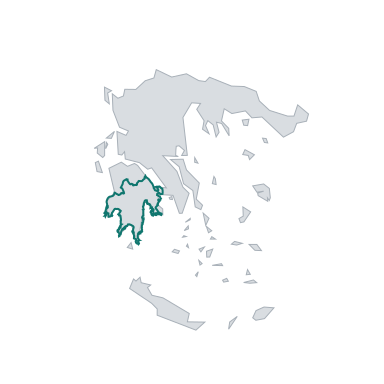 Greece, with Peloponnisos highlighted, rotated 27°
{"feature_id": "GRC-2885", "entity_name": "Peloponnisos", "entity_type": "Region", "adm_level": 1, "iso_a3": "GRC", "parent_name": "Greece", "parent_adm1": "", "projection": "orthographic", "projection_center": [22.642, 37.277], "detail": "fine", "context": "in_parent", "style": "outline", "palette": "teal", "viewbox_px": 384, "rotation_deg": 27, "n_neighbors": 0, "source": "natural_earth", "source_scale": "10m", "svg_char_len": 9737}
<svg xmlns="http://www.w3.org/2000/svg" viewBox="0 0 384 384"><g transform="rotate(27 192 192)"><path d="M246.6,66.4L260.4,69.6L261.9,76.9L254.1,83.3L255.1,92.2L248.6,101.6L220.3,93.4L211.7,98.7L202.8,95.5L191.9,104.0L182.9,103.2L186.0,115.3L195.8,118.6L199.6,125.1L187.3,117.5L182.1,118.7L189.0,126.5L188.5,132.0L180.4,122.6L173.7,121.2L173.9,126.7L180.8,132.4L172.9,131.3L170.4,123.0L158.7,116.2L159.4,109.2L151.2,112.7L150.1,129.7L171.2,161.5L166.2,164.2L166.4,158.4L159.5,156.7L157.2,158.4L158.5,161.7L160.8,166.8L163.7,166.6L149.4,172.9L169.2,180.5L181.7,191.8L190.0,194.5L192.9,215.4L190.4,216.7L176.6,203.6L163.0,209.5L167.8,219.0L173.6,220.4L176.4,225.6L166.8,229.6L162.5,224.1L154.0,221.9L166.9,262.3L153.7,249.6L150.5,250.1L147.0,262.4L145.1,261.4L143.6,253.0L134.9,240.9L131.2,242.3L129.3,251.6L124.8,246.9L120.3,238.8L123.2,227.5L107.2,208.6L115.5,197.5L122.9,198.4L127.8,192.7L131.5,193.0L159.6,206.5L158.8,203.1L167.3,200.0L145.1,188.8L142.2,191.8L131.9,189.7L117.6,192.9L113.6,186.7L112.7,190.9L109.2,191.9L97.6,172.1L107.5,171.5L107.7,166.5L98.0,167.2L84.5,155.1L76.4,140.7L83.4,142.1L87.3,137.6L85.5,131.0L95.4,126.1L99.8,114.1L106.3,107.7L104.6,99.2L121.7,98.8L133.4,89.2L147.4,89.7L153.8,87.5L155.5,81.8L179.1,79.7L190.7,74.3L203.5,73.2L210.7,80.3L224.1,84.1L242.6,81.0L248.4,78.1L246.6,66.4ZM187.9,295.9L197.4,293.6L195.7,297.3L203.2,302.2L214.2,299.5L244.7,301.5L246.8,309.8L262.5,302.1L258.2,313.3L216.9,317.6L214.1,312.0L206.6,309.5L180.2,306.3L179.4,296.0L182.5,296.8L184.4,291.5L187.9,295.9ZM169.2,166.8L177.0,174.8L194.4,180.7L199.0,196.4L207.4,199.0L207.9,203.7L201.6,203.8L192.1,190.3L180.7,188.4L169.1,175.3L158.1,172.8L169.2,166.8ZM259.3,153.7L264.4,161.6L264.7,164.5L261.9,163.0L263.7,165.9L252.6,165.2L251.0,163.2L255.5,158.7L249.9,162.7L243.3,159.0L252.2,152.3L259.3,153.7ZM307.1,277.3L303.2,276.5L302.9,268.6L308.4,261.8L317.6,258.0L314.1,271.9L307.1,277.3ZM251.8,195.1L249.1,197.3L245.9,194.4L248.6,190.2L244.1,182.2L253.3,183.1L251.8,195.1ZM91.3,186.8L97.6,199.2L96.8,201.8L89.9,200.3L87.9,195.6L85.0,197.5L91.3,186.8ZM78.3,151.0L72.8,149.8L66.4,138.3L74.3,138.3L71.9,142.1L78.3,151.0ZM230.7,130.5L228.6,137.0L225.5,133.9L220.2,135.6L220.0,130.2L230.7,130.5ZM273.6,209.3L280.5,212.7L274.5,215.4L266.7,212.8L273.6,209.3ZM211.4,107.6L207.8,109.0L204.1,105.1L209.7,101.3L211.4,107.6ZM94.6,207.0L103.3,215.4L98.1,216.9L92.5,209.7L94.6,207.0ZM237.3,241.9L234.7,243.3L231.8,238.2L236.4,233.4L237.3,241.9ZM219.1,207.7L219.4,215.5L211.5,205.7L219.1,207.7ZM288.8,282.3L286.9,297.6L284.6,290.7L288.8,282.3ZM95.8,180.8L91.2,182.8L95.4,173.2L95.8,180.8ZM165.1,269.8L159.5,270.8L160.7,264.7L165.1,269.8ZM279.1,249.2L286.7,242.5L290.8,243.4L285.0,247.0L279.1,249.2ZM250.8,220.6L252.4,216.7L260.1,214.9L255.9,219.0L250.8,220.6ZM228.0,235.4L227.1,241.3L224.2,239.7L228.0,235.4ZM227.2,217.6L225.2,220.8L220.4,216.1L227.2,217.6ZM210.1,174.4L206.3,175.3L204.5,168.2L206.8,169.6L210.1,174.4ZM237.2,113.9L234.0,115.0L230.4,112.0L233.8,110.7L237.2,113.9ZM207.6,250.2L207.5,253.1L201.5,254.3L202.4,251.0L207.6,250.2ZM252.7,243.7L243.3,248.2L250.8,242.5L252.7,243.7ZM203.0,217.5L199.8,222.0L202.4,216.3L203.0,217.5ZM234.3,223.3L229.8,225.6L229.9,222.8L234.3,223.3ZM264.9,255.0L261.1,257.9L259.3,256.7L262.1,253.2L264.9,255.0ZM281.3,238.9L277.9,241.1L276.7,235.9L281.3,238.9ZM205.6,226.4L202.6,229.9L204.0,223.9L205.6,226.4ZM95.3,187.7L95.4,192.6L93.1,186.6L95.3,187.7ZM233.5,251.2L232.3,253.5L229.1,249.8L233.5,251.2ZM184.2,163.6L180.9,164.3L178.8,160.1L184.2,163.6ZM178.0,207.6L175.6,208.5L174.2,207.4L176.1,205.2L178.0,207.6ZM207.1,234.3L204.1,236.6L204.5,234.6L207.1,234.3ZM233.8,260.2L234.7,265.2L232.8,264.5L233.8,260.2ZM214.2,243.2L211.6,242.8L211.7,240.5L214.2,243.2Z" fill="#d9dde1" stroke="#a8b0b8" stroke-width="1"/><path d="M166.6,207.1L166.1,207.5L164.7,208.2L163.5,207.7L163.2,207.8L162.4,207.7L162.3,207.9L162.3,208.8L162.0,209.0L161.8,209.3L162.0,210.0L162.3,210.6L162.9,210.5L163.4,210.7L164.1,210.8L164.8,210.7L165.3,210.5L166.3,211.4L166.8,211.8L167.3,212.0L167.1,212.7L167.2,213.0L167.3,213.3L166.9,213.4L166.4,213.7L165.7,213.8L165.5,214.5L166.3,215.1L166.7,215.3L167.1,215.3L166.9,216.1L166.8,216.7L167.1,218.1L166.7,218.1L166.8,218.9L166.9,219.2L167.5,219.4L166.8,221.2L166.6,222.2L166.8,222.7L167.3,223.2L168.7,223.6L169.6,224.3L170.1,224.4L171.0,225.2L171.5,225.1L173.0,225.5L173.6,225.2L174.7,225.1L175.0,225.6L175.0,226.5L171.5,226.7L171.0,226.7L171.2,227.2L170.1,227.0L169.8,227.1L169.8,227.5L168.8,227.7L168.8,228.1L169.0,228.2L169.6,228.2L169.4,228.5L170.2,229.0L169.8,229.2L168.1,229.2L167.5,229.3L167.5,229.6L168.0,230.7L167.4,230.9L167.0,230.9L166.2,230.5L166.2,230.2L166.8,230.2L166.5,229.9L166.1,230.0L165.7,229.9L165.4,229.5L166.0,229.8L165.9,229.4L165.6,229.2L165.0,228.7L164.8,229.0L164.5,229.0L164.2,228.8L164.1,227.6L164.2,227.1L164.8,227.5L165.1,227.3L165.3,226.7L165.4,226.2L166.2,226.7L166.0,226.1L165.9,225.3L164.9,224.8L163.9,225.1L163.4,224.9L163.8,224.7L163.4,223.9L162.4,224.6L162.2,224.9L161.8,223.6L161.5,223.1L161.0,222.7L160.3,222.7L160.2,222.5L160.1,222.2L159.7,222.0L159.1,221.9L159.5,222.0L159.7,222.4L159.2,222.2L158.6,222.2L157.7,222.9L157.5,222.7L156.7,222.2L156.9,221.7L156.5,221.5L156.2,221.2L156.0,220.9L156.1,220.6L155.5,219.9L154.3,220.5L154.0,221.0L153.9,221.9L154.3,222.8L154.1,223.7L154.2,224.1L154.7,224.7L154.7,225.6L155.1,226.0L155.1,226.4L154.9,226.9L154.9,227.2L156.5,229.1L156.7,229.3L156.5,229.8L156.9,229.8L156.9,230.0L156.7,230.0L156.7,230.3L157.0,230.6L157.7,231.8L158.0,232.5L159.0,234.3L159.3,234.8L159.5,235.2L159.1,235.6L159.0,237.0L159.2,237.5L159.8,237.6L160.8,237.4L160.8,237.5L161.0,237.9L160.8,238.0L161.0,238.1L160.8,238.4L161.3,238.6L161.5,238.9L161.5,239.1L161.0,238.9L161.3,239.5L162.1,240.7L162.0,241.2L162.4,242.4L161.8,242.4L162.2,243.2L162.4,242.9L162.6,243.6L162.4,244.2L162.7,244.7L163.3,246.2L163.6,246.5L163.5,246.8L163.9,247.4L164.7,248.3L164.9,248.7L164.9,249.1L164.8,249.4L164.5,249.5L164.5,249.8L165.0,249.8L165.5,250.0L165.4,250.3L165.0,250.6L164.9,250.8L164.9,251.4L164.8,251.8L164.4,251.8L163.7,251.3L163.4,251.7L163.0,252.1L162.9,252.5L163.3,252.8L163.1,253.3L163.9,253.3L163.2,254.0L163.2,254.9L163.6,255.9L164.2,256.9L164.5,257.5L166.2,258.4L166.5,258.9L166.8,258.9L166.4,259.2L166.4,259.4L166.5,259.6L166.6,259.8L166.4,260.0L166.2,260.2L166.7,260.9L167.6,261.4L168.2,262.0L168.0,262.9L167.0,262.4L166.7,262.8L166.3,262.9L165.0,262.5L164.5,261.7L164.1,261.4L164.1,261.2L164.3,260.7L164.1,260.1L163.7,259.6L163.2,259.4L161.9,259.7L161.3,259.7L161.1,259.3L160.9,258.7L160.0,256.9L158.4,255.6L158.8,255.2L158.7,254.8L157.5,253.6L157.3,253.6L157.2,253.8L156.8,254.4L156.6,254.2L156.6,253.8L156.8,253.0L156.7,252.4L156.4,251.6L156.2,250.3L155.8,249.6L155.2,249.2L154.3,249.1L152.8,249.0L150.9,249.2L149.6,250.0L149.7,251.6L148.7,252.3L148.3,252.8L148.0,253.6L148.5,253.6L148.8,253.9L148.9,254.3L148.9,254.9L148.7,254.9L148.5,254.4L148.3,254.2L148.0,254.1L147.8,254.3L147.6,254.7L147.6,255.0L148.2,255.6L148.1,256.3L147.7,256.7L147.4,255.9L147.0,256.1L146.8,256.5L146.8,258.7L146.9,259.5L147.1,260.2L147.6,261.7L147.5,261.9L147.6,262.2L147.2,262.5L147.1,262.9L147.2,263.3L147.4,263.7L147.4,264.0L147.2,264.0L147.0,264.5L146.7,264.1L146.5,262.8L146.4,262.2L146.0,261.9L144.9,261.4L144.6,260.9L144.4,260.9L144.1,261.3L143.8,261.2L143.2,260.6L143.0,260.0L143.0,259.6L143.4,258.7L143.8,258.8L144.0,258.4L143.9,257.8L143.5,257.4L144.0,256.7L143.4,256.7L143.4,256.2L143.4,255.6L143.5,255.2L144.0,255.1L144.0,254.9L143.4,254.7L143.5,254.0L144.0,252.8L143.1,253.0L142.5,252.1L142.1,250.9L141.5,250.3L141.6,249.6L141.1,248.6L139.1,245.7L138.4,245.4L137.7,246.0L136.9,245.4L136.6,245.0L136.5,244.4L136.5,244.5L136.7,244.3L136.9,243.6L137.1,242.4L137.1,241.4L137.1,241.2L135.1,240.7L134.0,240.6L133.4,240.8L132.3,241.5L131.2,241.8L130.9,242.1L130.7,242.6L130.4,246.2L130.2,246.6L130.2,247.0L130.6,248.0L130.4,248.5L131.2,249.2L131.6,249.2L131.6,249.5L131.2,249.5L130.9,249.7L130.7,249.9L130.8,250.2L130.6,250.6L129.0,252.0L128.7,252.0L127.3,249.0L126.3,249.1L125.5,249.4L125.2,249.1L124.5,248.8L124.3,248.4L124.1,248.4L123.8,248.6L123.3,247.4L123.4,247.0L123.3,245.9L123.4,245.5L123.9,244.6L124.0,244.0L123.7,243.4L123.3,243.1L122.7,243.3L123.0,243.2L123.1,242.8L122.9,242.8L122.7,242.9L122.5,243.3L122.3,242.0L121.6,241.0L120.7,240.1L120.1,239.0L119.9,237.5L119.8,236.0L120.1,234.7L120.6,233.7L122.5,232.2L123.3,231.3L123.7,230.1L123.6,228.6L123.3,227.8L123.8,227.6L125.7,228.0L126.8,227.8L127.8,228.1L128.3,227.8L129.4,226.4L129.2,225.9L129.3,225.4L130.1,224.5L130.6,224.1L131.2,224.6L131.8,224.4L132.0,223.9L131.2,222.9L128.5,220.7L127.6,220.4L127.1,220.5L126.6,220.4L126.6,216.4L126.0,214.5L126.1,213.0L127.8,210.3L128.9,210.1L129.1,211.1L130.2,211.5L131.1,212.2L133.1,213.1L133.6,213.1L134.3,212.2L134.9,212.0L135.9,212.1L136.0,212.6L136.5,212.8L137.0,212.6L137.8,211.7L139.4,211.0L139.6,210.5L139.4,209.9L139.0,209.5L139.1,208.5L139.4,208.0L139.5,207.4L139.4,206.8L139.6,206.3L141.8,205.4L142.4,205.0L142.6,204.5L142.8,204.0L142.8,203.5L143.7,201.6L143.0,200.4L143.2,198.9L143.4,199.1L144.3,199.5L144.9,199.9L145.4,199.7L147.7,200.2L150.9,201.9L152.6,202.5L152.9,202.8L153.2,202.9L155.5,204.9L156.0,205.8L156.7,206.1L158.1,207.2L158.5,207.3L159.7,207.0L160.4,207.0L160.6,206.8L161.2,205.9L161.2,205.7L160.9,205.3L160.5,204.9L159.7,204.5L159.0,203.9L158.5,203.9L158.7,203.7L157.7,203.7L158.3,203.1L158.6,203.0L159.4,202.7L160.3,201.9L161.1,201.9L162.5,202.5L163.1,202.4L163.9,202.8L164.2,202.7L165.2,204.1L166.1,205.8L166.6,207.1ZM125.5,251.0L126.0,251.2L126.0,251.6L125.9,252.2L125.9,253.0L125.6,252.7L125.5,252.2L125.1,252.5L125.4,251.0L125.5,251.0ZM123.5,251.4L123.5,250.1L123.6,249.6L123.9,249.2L124.3,249.4L124.5,249.4L124.5,249.7L124.1,249.9L124.1,250.3L123.5,251.4Z" fill="none" stroke="#0f766e" stroke-width="2"/></g></svg>